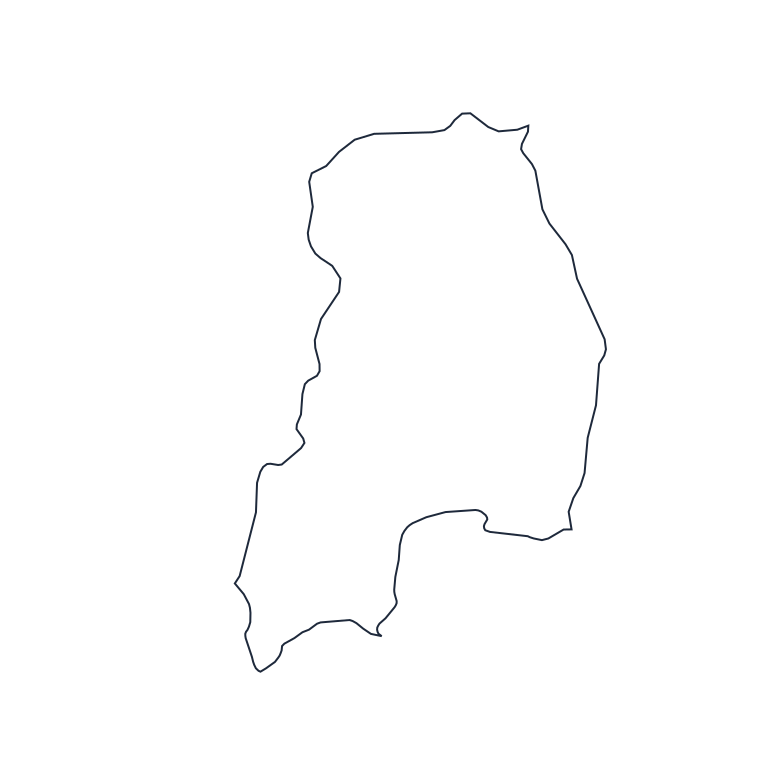 map outline of Parma (Equal Earth projection), rotated 328°
{"feature_id": "ITA-5360", "entity_name": "Parma", "entity_type": "Province", "adm_level": 1, "iso_a3": "ITA", "parent_name": "Italy", "parent_adm1": "", "projection": "equal_earth", "projection_center": [9.894, 44.694], "detail": "fine", "context": "isolated", "style": "outline", "palette": "slate", "viewbox_px": 768, "rotation_deg": 328, "n_neighbors": 0, "source": "natural_earth", "source_scale": "10m", "svg_char_len": 1966}
<svg xmlns="http://www.w3.org/2000/svg" viewBox="0 0 768 768"><g transform="rotate(328 384 384)"><path d="M331.5,341.5L336.2,339.0L339.9,332.9L344.9,316.9L348.6,310.1L365.0,295.5L394.7,282.1L403.0,271.4L402.7,256.4L396.9,243.6L394.9,237.0L395.0,228.6L396.6,221.7L399.4,215.6L417.5,196.0L427.7,172.9L434.4,167.0L450.5,168.5L468.9,163.3L488.6,161.3L508.2,166.6L558.3,196.1L569.8,200.7L577.0,200.2L583.7,197.6L593.5,196.1L600.7,200.2L608.6,221.3L615.1,230.5L631.8,239.0L643.3,241.4L639.8,246.3L628.2,253.5L624.7,257.5L624.4,262.1L626.0,275.9L625.4,283.3L610.9,319.8L609.3,335.6L612.0,361.7L611.7,374.2L603.5,397.0L594.8,463.0L590.6,472.2L585.9,476.5L577.1,480.9L552.5,514.4L528.2,537.6L506.9,565.8L496.5,574.6L484.1,581.1L472.9,590.2L466.0,606.7L459.2,602.6L441.5,602.1L435.2,600.1L429.1,594.3L426.4,591.1L425.3,589.3L395.5,565.6L392.4,561.7L392.5,559.5L393.4,557.5L395.0,556.1L399.8,553.6L400.6,551.9L400.7,549.1L398.9,543.9L397.0,541.2L394.8,539.3L368.3,525.2L349.3,519.4L334.6,517.2L330.9,517.3L327.8,517.8L323.5,519.4L319.6,521.5L312.1,528.9L303.2,541.1L291.4,553.6L283.7,563.8L282.6,565.7L281.7,567.9L279.7,574.8L278.5,576.6L276.7,577.9L274.7,578.9L261.1,583.5L253.2,584.8L251.1,585.8L249.2,587.0L247.9,588.8L247.2,590.9L247.0,592.9L248.4,596.6L240.5,589.0L236.7,580.4L233.9,572.2L231.8,568.4L229.7,565.9L203.9,552.6L200.2,551.8L190.2,552.6L183.3,551.3L173.4,552.0L161.9,551.4L158.7,552.2L156.0,555.7L153.7,557.5L151.6,559.0L149.6,559.9L144.3,561.9L133.2,562.6L126.8,562.5L125.6,560.7L124.7,557.2L125.1,553.4L125.8,550.3L127.4,545.4L132.0,526.3L132.9,524.2L134.0,522.3L135.7,521.0L137.9,520.2L140.9,518.2L144.4,515.1L149.5,507.3L151.7,502.8L152.9,499.1L153.7,487.9L151.8,474.1L159.8,470.4L207.4,425.0L224.0,400.5L232.6,392.9L237.6,390.3L242.4,389.9L245.5,391.5L251.3,396.6L254.6,398.1L279.7,394.4L285.3,391.8L286.6,387.4L285.9,375.9L288.7,372.1L297.4,365.9L309.5,349.3L316.8,342.2L321.5,341.0L331.5,341.5Z" fill="none" stroke="#1e293b" stroke-width="2"/></g></svg>